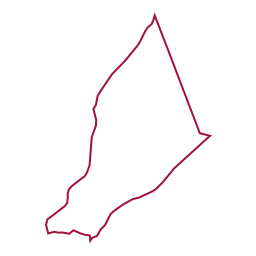 Rodolfo Fernandes, Rio Grande do Norte, Brazil (Natural Earth projection)
{"feature_id": "56859067B55531963216971", "entity_name": "Rodolfo Fernandes", "entity_type": "district", "adm_level": 2, "iso_a3": "BRA", "parent_name": "Brazil", "parent_adm1": "Rio Grande do Norte", "projection": "natural_earth1", "projection_center": [-38.107, -5.85], "detail": "fine", "context": "isolated", "style": "outline", "palette": "rose", "viewbox_px": 256, "rotation_deg": 0, "n_neighbors": 0, "source": "geoboundaries", "source_scale": "gbopen_adm2", "svg_char_len": 766}
<svg xmlns="http://www.w3.org/2000/svg" viewBox="0 0 256 256"><path d="M48.2,233.4L53.9,231.9L58.6,232.6L62.6,232.5L69.2,233.8L73.4,230.3L80.4,233.4L84.7,234.7L89.8,235.5L90.3,240.6L92.2,237.8L97.0,236.0L100.8,229.3L105.0,225.2L110.5,214.2L114.1,210.8L122.8,204.7L132.5,199.2L138.9,197.6L152.9,191.1L156.0,188.9L162.3,182.8L174.1,168.4L210.0,135.8L199.8,133.2L167.7,49.0L157.7,23.1L154.7,15.4L153.4,20.1L151.7,24.0L147.5,27.7L145.0,31.6L139.5,42.7L136.9,46.4L125.2,60.6L112.1,74.1L100.8,90.7L97.6,95.9L96.0,104.6L93.5,109.0L95.2,116.2L96.2,119.6L96.0,125.3L91.7,137.5L89.6,165.2L87.2,172.0L85.0,175.9L72.3,185.7L68.8,189.4L67.7,193.7L67.8,197.2L67.2,202.9L65.0,205.9L52.4,215.7L47.5,219.3L46.0,224.7L48.2,233.4Z" fill="none" stroke="#9f1239" stroke-width="2"/></svg>